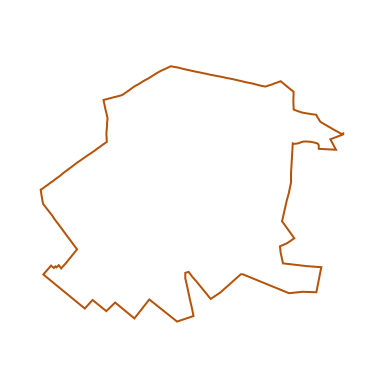 outline of Graniceri, Arad, Romania, rotated 84°
{"feature_id": "2599482B49577309297154", "entity_name": "Graniceri", "entity_type": "district", "adm_level": 2, "iso_a3": "ROU", "parent_name": "Romania", "parent_adm1": "Arad", "projection": "albers", "projection_center": [21.31, 46.505], "detail": "fine", "context": "isolated", "style": "outline", "palette": "amber", "viewbox_px": 384, "rotation_deg": 84, "n_neighbors": 0, "source": "geoboundaries", "source_scale": "gbopen_adm2", "svg_char_len": 2704}
<svg xmlns="http://www.w3.org/2000/svg" viewBox="0 0 384 384"><g transform="rotate(84 192 192)"><path d="M203.0,332.5L206.9,330.2L210.5,328.0L212.7,326.7L214.9,325.4L220.0,322.4L229.3,316.9L237.0,312.3L249.7,325.0L254.3,330.1L250.9,332.2L252.7,334.6L251.7,335.5L253.1,337.4L250.5,339.9L258.5,348.5L296.7,310.8L289.0,302.2L301.5,289.7L293.9,280.0L311.7,262.5L294.4,245.7L319.3,220.4L315.5,203.5L308.5,204.1L298.9,205.3L286.2,206.6L277.0,207.7L271.7,207.1L271.1,203.7L276.8,200.3L280.6,197.5L292.5,189.7L300.3,184.6L294.7,174.0L293.5,172.4L288.8,165.8L278.9,152.0L279.1,150.2L302.8,106.1L302.8,92.5L304.7,78.8L292.7,75.1L286.5,73.2L281.3,71.6L280.3,71.2L279.8,74.1L277.7,85.7L273.6,103.9L272.5,109.0L261.3,110.2L255.2,110.2L253.0,103.1L251.9,101.0L248.7,95.1L230.5,105.5L217.3,101.0L213.4,99.7L211.0,98.9L203.7,96.0L192.8,92.5L184.0,91.6L178.5,90.7L154.2,86.7L154.5,86.0L154.8,85.3L154.8,83.3L154.6,80.4L153.8,78.4L153.5,75.8L153.8,72.8L154.3,69.5L155.3,66.1L156.5,62.8L157.4,61.6L158.5,61.1L162.3,61.4L162.4,61.1L165.0,44.4L154.0,48.9L150.5,35.6L149.6,35.5L149.7,35.8L149.9,37.2L147.2,41.0L144.6,44.8L142.2,48.0L139.9,51.2L137.9,54.0L135.6,57.0L132.6,58.5L130.1,59.7L128.2,60.3L128.0,61.0L127.3,64.1L126.4,67.4L125.5,70.9L124.4,74.5L122.6,78.4L120.7,82.2L120.1,82.3L118.5,82.1L114.9,81.9L111.6,81.6L108.5,81.2L105.8,80.8L102.9,80.5L100.0,83.4L97.3,86.2L94.6,88.8L94.2,89.1L92.9,90.5L91.8,91.6L91.1,92.2L92.0,95.8L92.7,98.9L93.5,101.4L93.9,103.9L94.6,106.6L94.8,108.1L94.4,109.4L93.5,112.4L92.4,115.4L91.4,118.0L90.6,120.0L90.2,121.2L89.3,124.3L88.1,128.0L86.7,131.8L85.7,134.8L84.0,139.7L83.1,142.6L82.2,145.8L81.1,148.8L80.2,151.9L79.9,152.8L79.4,154.6L78.3,158.0L77.3,161.6L76.2,164.6L75.8,165.9L74.9,168.8L73.9,171.8L73.1,174.5L71.7,178.8L70.5,182.3L69.4,185.7L68.2,189.1L66.7,193.0L65.9,196.2L64.7,199.8L65.3,201.6L66.5,204.9L66.9,206.1L67.6,208.5L69.0,212.1L70.8,216.1L72.6,219.7L74.5,223.5L75.9,227.1L77.5,230.6L78.9,233.2L80.6,237.4L82.6,241.2L83.0,241.8L84.8,244.9L86.6,248.2L88.3,251.3L88.8,254.4L89.4,258.1L89.8,261.1L90.2,263.9L90.6,266.0L91.1,269.7L91.3,270.4L94.2,270.1L97.2,269.8L100.3,269.5L105.1,268.8L110.0,268.3L114.3,269.2L117.3,269.6L121.0,270.3L124.6,271.0L126.1,271.1L129.9,271.3L133.3,271.5L134.7,274.1L136.2,276.8L137.8,279.4L139.2,282.1L140.1,283.4L142.5,287.8L144.8,292.3L145.6,293.7L147.2,296.6L148.9,299.6L150.8,303.2L152.5,306.0L154.2,308.7L155.9,311.6L157.7,314.7L159.4,317.5L161.2,320.2L161.4,320.5L162.2,321.7L163.5,324.0L164.8,326.2L166.4,328.8L168.1,331.9L169.6,334.4L171.2,337.3L173.6,341.3L173.7,342.1L173.9,342.3L175.1,342.2L179.4,342.0L187.1,341.5L188.5,341.2L190.7,339.8L194.3,337.6L202.1,332.7L203.0,332.5Z" fill="none" stroke="#b45309" stroke-width="2"/></g></svg>